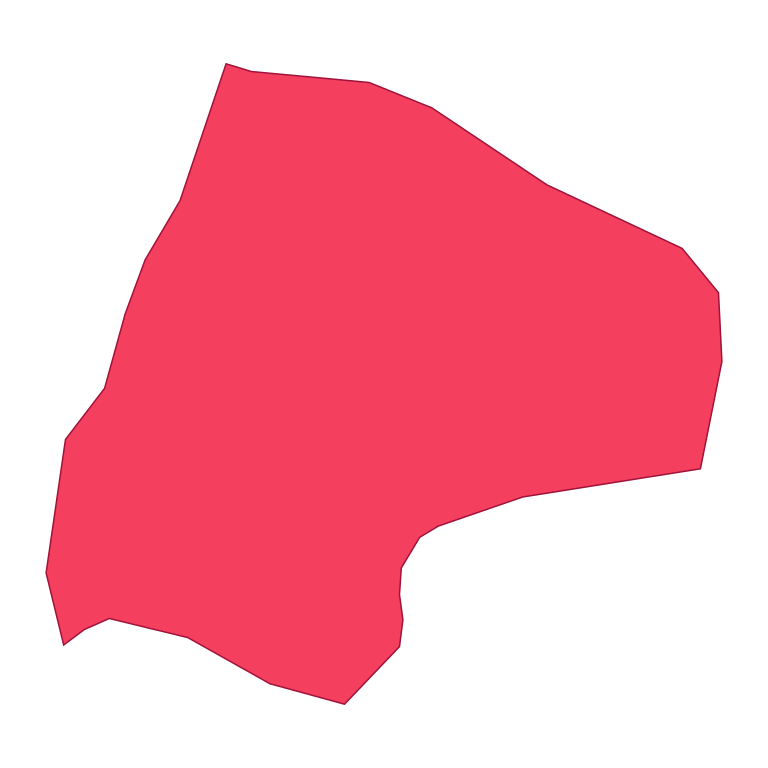 map outline of Rožaje (Natural Earth projection)
{"feature_id": "MNE-1501", "entity_name": "Rožaje", "entity_type": "Municipality", "adm_level": 1, "iso_a3": "MNE", "parent_name": "Montenegro", "parent_adm1": "", "projection": "natural_earth1", "projection_center": [20.185, 42.858], "detail": "fine", "context": "isolated", "style": "filled", "palette": "rose", "viewbox_px": 768, "rotation_deg": 0, "n_neighbors": 0, "source": "natural_earth", "source_scale": "10m", "svg_char_len": 496}
<svg xmlns="http://www.w3.org/2000/svg" viewBox="0 0 768 768"><path d="M700.4,468.8L642.9,477.9L522.6,497.0L438.3,526.1L419.7,537.3L401.3,567.9L399.5,594.5L402.9,619.8L399.5,646.6L344.5,704.2L270.0,683.8L187.8,637.6L109.2,618.5L84.4,629.5L63.7,645.0L63.4,643.8L46.1,572.9L65.5,439.4L104.6,388.3L125.2,313.8L145.2,259.7L180.0,200.7L226.1,63.8L251.3,71.5L369.1,82.5L431.9,107.9L547.0,184.9L682.1,248.4L718.5,292.7L721.9,361.5L700.4,468.8Z" fill="#f43f5e" stroke="#9f1239" stroke-width="1.5"/></svg>